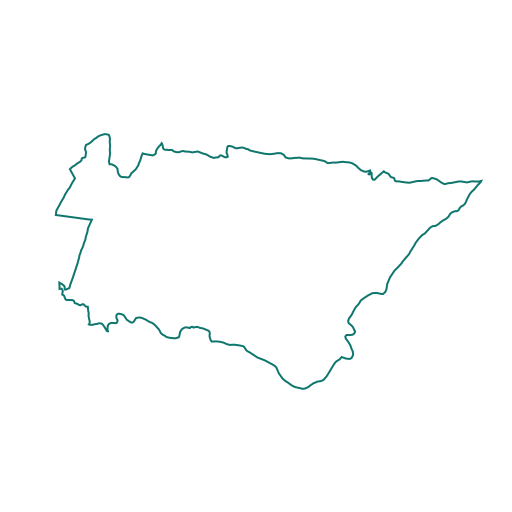 Granada, Cundinamarca, Colombia (Albers equal-area conic projection), rotated 192°
{"feature_id": "7082276B82763830232556", "entity_name": "Granada", "entity_type": "district", "adm_level": 2, "iso_a3": "COL", "parent_name": "Colombia", "parent_adm1": "Cundinamarca", "projection": "albers", "projection_center": [-74.329, 4.525], "detail": "fine", "context": "isolated", "style": "outline", "palette": "teal", "viewbox_px": 512, "rotation_deg": 192, "n_neighbors": 0, "source": "geoboundaries", "source_scale": "gbopen_adm2", "svg_char_len": 6109}
<svg xmlns="http://www.w3.org/2000/svg" viewBox="0 0 512 512"><g transform="rotate(192 256 256)"><path d="M173.1,143.7L171.6,144.5L170.1,145.8L166.3,147.2L163.9,149.2L163.1,150.9L162.2,152.3L160.6,156.5L157.4,165.9L156.1,168.8L155.2,169.9L152.7,172.3L151.2,175.0L147.1,174.4L144.1,174.6L142.3,175.1L141.2,176.4L140.6,178.6L140.6,180.5L141.7,183.1L143.5,185.4L145.1,188.2L148.1,191.4L150.6,193.5L151.3,194.3L151.9,195.9L151.5,196.8L150.8,197.6L147.6,198.2L145.4,199.0L144.8,199.5L144.3,199.9L143.7,201.0L143.3,202.4L143.7,203.3L144.4,203.8L145.0,204.8L146.6,206.8L148.9,208.3L151.4,209.6L152.4,211.6L152.1,214.2L151.2,216.0L150.0,219.0L149.2,222.3L148.2,225.5L147.5,227.3L146.2,229.2L145.2,231.3L144.4,233.9L144.0,234.6L141.5,237.4L137.8,241.1L134.3,243.9L130.2,245.0L126.4,244.9L123.9,245.2L122.9,246.5L121.9,248.2L121.5,250.4L121.8,255.9L120.5,262.9L117.4,270.7L115.6,273.2L112.1,279.1L111.2,281.5L106.6,289.8L106.1,292.0L103.5,298.9L102.4,302.6L100.4,306.8L97.9,310.9L95.5,313.2L91.6,319.8L89.6,321.8L86.3,323.0L84.3,325.0L82.6,327.3L80.3,329.8L77.9,331.8L76.1,334.1L75.4,335.8L75.1,337.1L73.5,339.4L70.4,341.3L68.9,341.6L68.1,342.1L67.5,342.8L66.6,345.5L65.6,347.1L63.7,348.7L62.5,350.5L62.0,352.0L61.4,355.3L59.8,361.0L58.4,363.7L56.5,366.3L53.7,371.8L53.1,372.6L51.5,375.3L51.3,376.3L53.3,375.2L56.1,374.6L59.7,374.1L62.2,373.2L63.2,372.6L65.1,371.8L70.5,371.6L73.1,371.1L80.3,368.0L83.3,367.1L86.2,365.6L87.1,365.6L89.8,366.3L95.2,368.6L98.2,368.9L100.2,368.9L100.9,368.3L102.8,365.9L103.3,365.6L104.2,365.5L108.0,364.4L109.8,363.8L113.8,362.9L121.0,359.6L122.9,359.3L128.2,358.8L132.0,358.7L134.0,358.2L135.5,358.3L136.3,359.3L136.8,360.6L137.5,361.1L139.7,361.1L141.1,361.7L143.3,363.8L144.2,364.1L147.8,364.8L148.6,365.4L153.5,359.0L155.6,355.6L156.3,355.1L157.4,355.0L158.5,356.3L158.8,356.3L159.7,359.0L160.0,360.8L160.3,361.3L160.6,361.4L161.2,361.1L161.6,360.4L161.7,359.7L162.2,359.3L162.9,359.4L162.9,359.8L162.4,360.6L161.9,362.2L161.8,362.8L162.1,363.4L165.7,361.3L167.9,361.1L171.3,361.8L174.7,363.7L176.6,365.1L181.5,366.8L184.8,366.9L188.0,366.4L190.1,366.3L193.0,365.5L196.2,364.3L197.8,363.8L199.2,363.7L203.6,362.2L205.0,361.8L206.1,362.0L207.1,362.6L209.0,363.1L218.4,363.2L220.9,363.0L230.7,361.2L233.8,361.3L236.4,360.5L238.4,360.1L239.7,359.5L242.7,358.6L244.5,358.3L247.7,358.6L249.1,360.1L250.2,360.9L253.0,361.7L256.4,361.1L259.8,359.7L263.4,358.5L268.7,357.8L279.2,357.8L284.0,358.0L286.4,358.9L287.5,358.6L289.8,359.2L291.0,359.3L293.1,359.0L296.6,357.5L298.2,357.2L300.2,357.6L301.3,358.0L304.6,358.2L306.0,357.8L306.6,357.0L306.6,353.9L306.4,351.3L304.6,348.2L304.3,347.4L304.4,347.0L305.6,346.4L306.8,346.1L311.0,347.2L311.8,347.0L312.4,346.4L312.9,345.3L313.4,344.7L314.6,344.4L318.0,343.1L319.7,343.5L321.2,343.5L325.5,345.0L329.8,345.3L334.7,346.1L339.8,344.1L342.8,344.1L346.9,343.5L349.1,343.5L350.4,343.1L352.9,341.5L354.8,341.1L356.6,341.1L358.3,341.3L359.9,342.1L360.7,342.2L363.8,341.4L365.3,341.4L366.9,341.0L368.1,341.2L369.1,341.8L370.3,344.6L371.1,346.0L371.7,346.7L372.5,344.8L374.3,341.9L375.5,338.8L375.6,337.1L375.3,335.8L375.6,334.9L377.8,332.9L386.4,332.6L388.2,332.8L388.8,329.8L389.1,325.4L389.8,322.4L390.0,320.2L391.6,315.9L395.2,310.8L395.7,308.8L396.4,307.1L397.4,306.2L402.0,305.7L403.3,305.4L404.3,305.4L405.8,306.0L407.5,307.6L408.8,309.9L409.5,312.3L411.0,313.8L413.1,314.9L415.9,315.6L417.1,315.6L418.3,315.3L419.5,317.9L420.0,325.8L421.2,329.9L421.6,333.7L422.5,336.1L423.0,338.3L423.2,340.4L424.8,343.6L425.3,343.9L427.2,344.0L429.2,343.8L431.8,342.5L434.4,340.9L436.1,339.2L436.8,338.2L437.6,337.7L439.4,335.6L440.8,333.3L443.1,330.9L445.4,329.2L445.6,327.2L445.5,325.0L444.1,322.7L443.7,321.9L443.7,320.0L443.5,318.3L443.6,317.1L444.5,316.5L446.0,315.9L446.7,315.0L446.6,313.4L447.1,312.4L448.1,311.2L450.3,309.2L451.7,307.3L454.0,305.2L454.9,304.0L456.1,302.2L449.2,294.3L451.0,289.3L452.5,283.9L453.6,281.9L455.5,276.6L456.3,273.0L457.6,269.3L460.7,258.8L460.3,254.5L426.9,257.0L424.1,257.4L426.1,248.2L425.9,244.3L426.5,238.9L426.3,237.6L426.6,234.7L427.0,232.7L427.1,230.0L427.3,229.1L427.4,228.1L428.2,225.3L428.3,224.1L428.4,222.1L428.8,220.2L428.7,217.4L429.1,210.9L430.7,196.5L431.7,189.4L431.9,185.9L434.7,183.8L435.3,183.5L435.7,183.4L436.4,184.3L436.7,185.7L437.2,186.7L438.4,187.5L440.2,188.2L442.8,189.1L441.3,182.9L440.2,183.4L439.5,183.6L438.8,183.1L437.9,182.0L437.6,180.9L437.7,179.5L437.5,178.0L435.6,177.4L433.4,174.1L432.5,173.6L431.1,173.9L426.2,174.7L425.6,174.6L424.8,174.2L423.5,172.3L422.2,172.1L420.8,172.1L419.2,171.4L417.8,171.2L415.4,172.9L414.7,172.9L411.9,171.2L410.8,171.2L410.0,171.4L408.5,166.8L407.7,165.2L407.5,163.1L406.5,160.5L405.0,157.3L404.8,155.2L405.2,154.4L404.1,154.2L401.2,154.8L400.3,155.4L399.0,156.0L398.1,156.2L397.0,156.7L396.2,157.3L394.1,157.8L393.3,157.8L392.4,157.5L391.5,157.0L389.6,155.2L387.4,152.9L386.7,152.0L386.1,151.5L385.2,151.6L386.0,153.2L386.5,156.5L386.0,158.6L384.8,159.7L383.4,160.6L379.2,161.1L378.6,161.5L378.1,162.1L378.0,164.3L379.2,165.7L380.0,167.3L380.1,168.0L380.1,169.3L379.6,170.3L378.3,171.1L375.6,171.1L373.2,170.7L369.1,166.8L365.2,165.2L363.9,165.0L363.1,165.2L362.5,165.7L361.7,166.8L360.9,169.2L360.3,170.4L358.6,171.2L356.9,171.7L354.7,171.7L350.1,170.7L347.8,169.8L346.0,169.3L343.5,168.9L340.7,167.6L335.6,163.9L332.9,160.7L330.6,159.5L329.1,159.2L326.8,158.2L325.6,158.1L323.7,158.0L318.9,158.5L317.3,158.9L314.9,160.3L314.4,161.0L314.4,166.2L313.3,168.9L312.7,169.6L311.3,170.9L310.4,171.4L308.8,171.8L307.3,171.8L306.2,171.7L305.7,171.8L305.6,172.2L305.0,172.9L303.7,173.5L303.1,173.5L302.3,173.0L301.8,173.3L298.6,174.5L296.3,174.1L292.4,174.1L286.7,173.0L285.8,172.2L285.1,170.7L284.9,168.7L284.7,167.7L284.0,166.2L282.5,163.8L281.5,163.1L276.8,164.3L273.0,164.6L269.6,164.5L266.2,163.7L263.1,163.6L259.0,164.7L253.4,165.1L251.2,165.1L249.0,164.9L245.8,161.7L244.3,161.0L242.4,160.5L233.4,157.0L225.9,155.8L218.2,153.6L215.3,152.6L213.1,151.4L209.2,145.9L204.5,141.6L201.2,139.8L198.9,139.0L194.0,136.8L190.5,135.9L185.6,135.9L183.0,135.7L180.4,136.6L177.5,138.8L175.8,140.9L173.1,143.7Z" fill="none" stroke="#0f766e" stroke-width="2"/></g></svg>